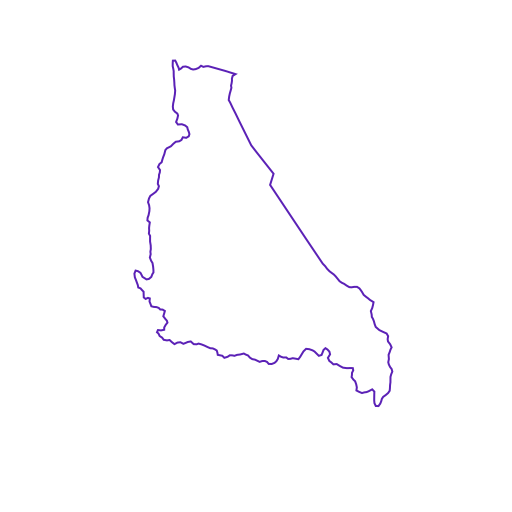 the district of Itapebi, Bahia, Brazil, rotated 221°
{"feature_id": "56859067B79786588856261", "entity_name": "Itapebi", "entity_type": "district", "adm_level": 2, "iso_a3": "BRA", "parent_name": "Brazil", "parent_adm1": "Bahia", "projection": "mercator", "projection_center": [-39.666, -15.918], "detail": "fine", "context": "isolated", "style": "outline", "palette": "violet", "viewbox_px": 512, "rotation_deg": 221, "n_neighbors": 0, "source": "geoboundaries", "source_scale": "gbopen_adm2", "svg_char_len": 4205}
<svg xmlns="http://www.w3.org/2000/svg" viewBox="0 0 512 512"><g transform="rotate(221 256 256)"><path d="M321.8,168.4L323.3,166.5L325.4,166.2L328.0,165.8L330.3,166.8L332.2,167.5L335.1,167.1L337.3,166.0L336.2,162.9L333.4,160.4L330.8,159.1L328.3,157.7L326.1,156.5L324.2,155.0L321.9,155.8L319.7,155.5L317.4,155.3L315.5,153.2L313.5,151.1L311.1,151.2L310.1,153.5L308.3,154.3L306.5,151.8L303.8,150.4L302.0,149.4L299.8,150.5L297.5,152.2L295.3,153.0L293.2,152.8L291.3,154.3L288.7,154.7L287.8,152.8L286.4,149.7L283.0,149.0L280.8,148.7L279.1,147.6L279.0,144.9L278.4,141.9L276.9,140.1L278.9,137.5L281.4,135.8L280.7,133.5L278.7,133.5L276.2,132.4L273.3,132.8L270.7,132.2L267.8,133.9L266.1,135.9L262.9,135.8L259.7,136.0L258.5,139.1L256.5,141.3L253.2,142.1L252.1,144.2L251.1,146.3L249.2,148.7L245.2,148.6L242.9,150.4L241.9,152.2L239.2,153.5L236.1,154.6L232.8,155.5L230.0,156.4L228.0,157.9L225.7,158.6L223.6,158.9L221.7,157.7L220.0,156.3L218.1,157.4L216.0,158.6L213.1,158.4L211.3,161.3L210.6,163.9L208.5,165.6L206.8,166.5L205.4,169.0L203.4,171.2L201.2,174.4L199.0,174.9L196.8,175.7L193.9,175.3L191.2,175.7L188.8,177.1L186.3,177.8L183.8,178.5L182.4,180.8L180.4,182.6L178.2,183.3L175.6,182.9L173.3,184.8L171.9,187.5L171.6,189.9L172.0,192.6L173.5,195.9L170.9,196.4L168.8,197.3L166.6,199.3L164.2,199.4L162.7,200.8L161.2,203.0L158.4,204.7L156.3,205.9L156.5,208.8L157.1,212.2L157.6,215.2L157.3,218.8L154.7,220.6L151.4,221.9L149.2,222.3L146.2,222.1L143.1,221.9L141.6,224.3L142.4,226.7L143.4,229.4L143.1,232.0L140.8,232.3L137.9,232.0L135.6,230.4L134.9,226.3L131.8,224.9L129.3,225.1L126.5,225.0L124.2,227.4L120.5,228.0L117.1,228.8L114.1,230.8L111.6,233.0L109.4,234.9L107.6,233.5L106.9,230.8L105.5,229.1L104.4,227.3L101.4,226.6L99.0,226.5L96.2,224.9L93.7,223.0L92.0,220.4L89.1,221.1L86.1,222.1L84.8,224.1L83.3,225.8L82.3,227.7L80.8,231.6L77.7,231.3L76.0,229.2L73.8,226.6L72.0,224.5L70.0,222.6L67.2,221.4L65.1,223.1L65.4,226.2L66.2,228.5L67.3,230.8L67.6,233.2L66.9,236.0L66.4,239.2L66.7,242.0L68.2,244.1L70.1,246.5L71.7,248.9L73.5,251.0L75.2,253.0L76.4,255.5L77.3,258.2L79.5,259.7L82.0,260.2L84.6,261.3L86.5,262.6L88.1,265.4L91.1,268.4L92.2,271.5L93.1,273.6L93.7,276.0L96.8,277.4L100.3,278.1L102.1,279.6L103.7,282.2L106.6,283.2L110.6,282.0L114.3,281.0L116.9,281.0L119.1,281.0L121.7,282.4L124.2,284.1L126.7,285.4L128.6,286.0L130.3,287.7L133.2,289.8L134.1,292.9L135.5,295.7L137.0,298.3L141.2,297.6L143.7,297.6L146.0,297.4L149.2,297.3L152.4,298.4L154.3,298.9L156.7,299.4L159.5,299.0L161.6,297.2L163.4,295.0L165.2,293.7L168.3,293.1L171.2,292.8L173.7,292.1L176.4,291.8L179.7,292.4L182.6,292.9L185.2,293.1L187.5,292.9L190.5,292.7L194.0,293.0L197.1,293.7L200.6,294.0L229.2,301.7L292.0,318.9L296.7,329.6L323.7,334.7L332.2,336.4L356.7,346.6L364.9,350.1L371.3,352.7L374.0,353.9L376.3,354.9L378.9,355.8L380.9,358.8L382.5,361.7L383.5,363.9L384.9,366.8L386.6,368.2L387.7,370.3L389.1,372.5L390.5,374.0L391.8,376.6L390.8,379.8L401.3,375.2L403.6,374.1L416.5,368.0L418.2,366.4L419.8,364.2L422.3,363.5L422.7,360.3L424.1,357.5L425.8,355.5L427.9,354.5L430.6,354.1L433.4,352.9L435.3,350.9L435.6,348.2L436.3,346.2L437.9,347.3L440.5,348.4L443.1,349.7L445.2,350.5L446.9,348.9L445.7,347.3L443.5,344.7L441.1,342.9L439.4,341.5L438.0,339.9L435.8,337.5L433.4,335.3L431.3,333.2L429.6,331.4L427.5,329.5L425.5,327.8L423.3,324.8L420.1,319.6L418.7,317.0L416.8,314.2L414.6,312.2L411.9,311.7L408.8,311.9L407.0,310.9L405.5,308.1L404.2,304.7L401.2,304.0L398.4,306.8L395.2,308.0L392.4,308.1L390.6,306.8L388.0,305.5L386.2,304.3L385.3,302.2L386.2,299.4L389.1,297.6L388.4,294.6L389.2,292.2L391.5,289.6L392.0,286.5L392.2,283.0L393.0,281.0L393.9,278.9L393.9,276.5L392.0,272.7L390.8,269.4L389.8,267.1L388.7,264.8L389.2,262.1L388.3,258.8L384.8,257.9L383.4,255.9L382.5,253.7L380.8,251.6L379.4,248.8L377.4,246.0L375.1,245.0L373.9,242.5L373.7,238.7L374.4,235.4L375.2,232.1L374.5,229.2L372.8,225.8L370.0,224.2L367.7,222.2L365.9,219.9L363.9,216.4L362.9,213.8L361.3,211.6L358.2,211.7L356.3,208.7L355.0,206.9L353.1,204.9L351.5,202.6L349.1,201.7L347.5,199.8L345.4,197.4L342.4,194.9L339.9,192.2L338.5,189.9L336.7,188.3L335.1,185.2L332.0,183.6L329.5,182.8L326.6,180.4L324.2,178.1L322.6,176.3L322.3,174.3L321.3,171.5L321.8,168.4Z" fill="none" stroke="#5b21b6" stroke-width="2"/></g></svg>